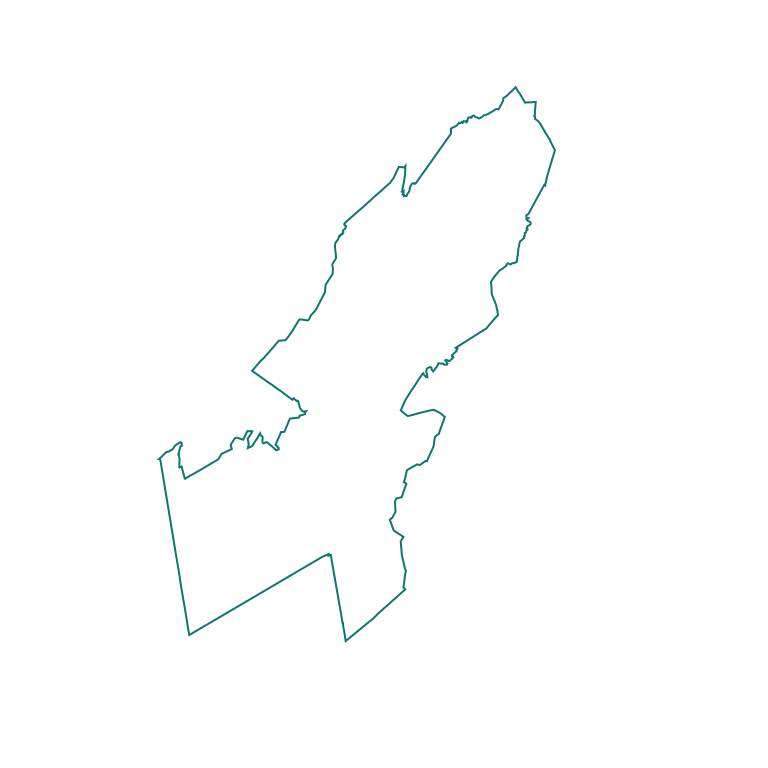 outline of Sarkaņu pag., Madona, Latvia, rotated 126°
{"feature_id": "27541924B13907440389179", "entity_name": "Sarkaņu pag.", "entity_type": "district", "adm_level": 2, "iso_a3": "LVA", "parent_name": "Latvia", "parent_adm1": "Madona", "projection": "equal_earth", "projection_center": [26.346, 56.915], "detail": "fine", "context": "isolated", "style": "outline", "palette": "teal", "viewbox_px": 768, "rotation_deg": 126, "n_neighbors": 0, "source": "geoboundaries", "source_scale": "gbopen_adm2", "svg_char_len": 6009}
<svg xmlns="http://www.w3.org/2000/svg" viewBox="0 0 768 768"><g transform="rotate(126 384 384)"><path d="M701.5,394.0L560.0,332.3L554.2,328.8L555.5,328.0L553.5,326.7L603.0,275.6L602.8,275.6L604.0,274.6L606.9,271.4L614.5,263.9L585.2,256.3L583.2,255.7L578.6,254.6L572.9,253.8L569.4,253.0L537.7,246.1L537.2,248.7L531.1,251.9L526.7,254.4L526.1,254.7L525.1,255.3L522.1,256.4L521.6,257.8L512.1,268.8L501.5,278.0L496.3,278.4L496.8,289.6L496.3,290.8L490.4,299.5L487.1,298.7L480.6,299.6L472.8,305.9L469.4,306.8L465.1,303.1L455.4,306.2L451.7,307.1L451.4,307.9L451.8,310.1L446.4,312.1L441.1,314.5L439.6,314.6L435.7,312.7L434.1,312.1L431.4,310.7L429.7,310.1L428.5,307.4L422.0,305.2L421.5,304.7L421.1,303.8L417.1,304.9L409.5,306.3L405.3,307.3L397.1,311.6L394.2,311.1L392.3,310.3L389.2,311.3L380.1,313.9L379.1,314.1L378.6,314.1L377.7,314.6L374.9,315.4L374.5,320.9L374.6,322.3L375.3,326.7L376.0,329.1L377.8,330.8L385.9,337.7L390.7,341.5L395.9,345.8L396.0,348.4L395.7,352.8L395.5,354.9L385.4,357.1L377.5,357.8L364.8,358.3L359.3,358.7L353.3,358.8L352.2,358.5L353.1,356.7L353.6,354.1L352.8,354.1L352.8,353.2L350.7,354.9L349.8,356.5L348.9,357.3L346.3,358.4L344.7,357.7L343.0,356.4L342.8,355.4L344.5,353.7L344.5,352.9L344.9,351.6L343.3,351.4L341.4,351.6L339.7,351.4L337.0,351.7L335.2,352.1L332.8,347.9L333.0,347.2L332.9,346.5L331.4,344.5L330.1,344.7L330.0,345.5L329.3,346.5L328.8,348.4L328.2,348.3L327.9,347.6L327.6,347.0L327.0,344.6L323.0,343.6L321.6,343.6L321.5,344.4L321.8,345.3L320.9,346.0L320.0,345.7L315.4,344.9L315.0,344.5L314.3,345.3L312.2,345.3L312.5,347.3L299.9,342.2L289.2,338.0L287.9,337.4L286.8,337.2L282.8,335.3L282.7,335.5L280.9,334.7L279.8,334.2L279.5,333.9L266.8,333.0L261.1,332.3L258.8,334.8L258.3,335.0L256.1,337.8L254.4,339.4L252.3,342.7L248.5,348.9L247.9,349.7L245.6,351.6L243.3,353.3L238.6,357.4L237.3,357.6L232.2,357.8L225.0,357.3L223.8,357.0L221.6,356.1L216.2,354.5L215.2,355.1L213.5,354.8L213.2,353.4L213.0,352.0L210.6,351.0L209.0,349.4L207.2,348.4L202.0,351.2L201.0,351.3L200.8,351.7L195.4,354.9L189.1,357.6L188.8,357.7L183.4,356.4L182.6,357.3L181.0,357.4L179.3,358.9L178.1,358.2L176.7,358.8L174.5,358.7L174.6,359.9L171.8,360.7L171.5,360.4L168.9,359.3L167.9,359.7L167.2,360.7L167.1,361.2L167.4,363.3L167.1,365.3L165.1,364.8L166.0,366.3L164.0,368.0L161.5,367.1L128.6,371.4L128.7,370.3L122.4,373.1L118.7,374.6L116.4,375.3L112.9,376.7L94.4,383.1L89.6,392.5L89.1,392.8L86.2,400.3L81.7,410.4L80.7,413.5L80.7,417.6L79.1,418.9L78.8,420.1L77.3,420.2L76.8,420.7L73.7,422.7L66.6,427.1L69.6,430.5L72.0,433.6L73.5,435.3L68.8,445.8L68.9,446.3L68.6,447.2L66.5,451.9L79.2,454.2L81.0,454.8L82.3,455.5L83.1,455.2L84.4,454.3L85.4,454.0L86.2,454.0L88.3,453.5L90.6,453.4L91.8,453.0L94.7,452.9L95.5,454.7L96.2,455.2L96.7,455.4L97.8,455.6L98.3,456.0L99.8,456.5L101.2,457.3L103.1,457.9L104.2,458.4L105.7,459.4L106.2,459.5L108.1,461.3L109.9,461.5L113.2,463.0L113.8,465.6L114.3,467.0L114.0,468.7L114.2,469.4L115.0,470.0L116.9,469.7L117.5,470.0L117.2,470.8L119.0,472.4L121.1,471.7L122.8,470.9L123.5,471.1L122.6,471.9L122.7,472.1L123.5,472.3L124.0,472.7L124.6,474.2L126.5,473.9L126.4,475.1L127.8,475.3L128.7,476.2L128.6,476.9L132.1,477.0L138.1,480.0L142.0,477.0L179.2,476.5L203.2,476.3L203.5,476.5L203.4,476.6L203.4,476.8L203.5,476.8L203.5,476.7L203.8,476.7L204.0,477.0L203.8,477.1L203.9,477.4L204.2,477.7L204.8,478.8L205.3,479.1L205.8,479.2L207.5,478.8L208.1,479.0L210.1,478.5L211.7,477.4L213.0,476.9L215.2,476.7L216.4,476.9L218.8,476.2L219.8,478.0L220.2,478.3L219.2,479.0L219.8,480.2L217.7,480.7L217.9,482.1L216.9,481.5L215.9,481.8L216.7,482.8L214.5,484.2L208.2,486.9L205.9,488.1L201.6,490.4L199.8,491.7L195.1,494.8L196.9,494.8L199.6,499.6L211.3,497.4L212.8,497.3L215.7,497.4L217.8,497.2L218.7,497.6L231.5,500.3L236.6,501.6L249.1,504.1L253.4,505.0L255.9,505.7L275.7,510.1L277.4,510.3L277.7,509.9L278.2,509.8L278.2,509.6L278.6,509.3L278.7,508.9L278.5,507.5L279.2,507.2L281.6,506.7L283.1,507.4L283.9,507.3L284.6,506.8L285.6,505.7L287.0,505.9L286.8,506.2L287.7,506.4L287.8,506.6L288.1,506.5L288.9,506.7L289.6,506.5L289.9,506.5L289.7,507.0L290.6,507.2L291.3,507.1L293.6,506.2L298.7,506.2L301.3,504.7L304.0,502.4L307.1,499.5L310.2,496.9L310.6,496.7L317.1,496.3L318.4,495.5L320.7,493.1L324.7,490.5L325.3,490.3L338.1,489.5L343.6,486.3L345.3,485.5L364.6,482.7L371.6,483.5L374.9,482.8L376.0,482.7L376.6,482.7L377.3,483.0L377.8,483.5L377.8,483.8L380.6,489.1L381.2,490.1L381.7,490.3L382.8,490.4L396.7,489.2L405.8,489.3L406.4,489.5L407.0,490.0L408.6,492.0L410.3,493.9L410.7,494.4L411.1,494.5L412.0,494.7L418.4,495.1L433.4,496.5L437.6,497.4L450.8,498.4L450.9,497.9L450.7,477.8L450.5,474.6L450.6,470.2L450.4,462.6L450.6,448.9L448.5,448.6L448.8,447.7L449.0,445.3L449.2,444.8L448.5,444.4L448.3,444.0L448.4,443.4L453.0,437.5L454.0,434.0L453.6,433.0L451.8,431.0L453.4,431.0L454.8,430.2L459.3,433.6L461.2,433.1L467.3,439.8L481.1,436.5L481.4,436.6L481.8,436.9L483.3,439.0L497.0,436.0L497.1,434.4L497.0,433.5L497.8,432.8L497.7,431.6L498.7,430.8L500.7,431.9L500.9,432.4L500.2,438.9L500.3,439.7L500.0,441.7L500.1,442.2L500.0,442.6L500.0,443.6L499.9,443.9L499.9,444.6L500.4,445.2L502.2,446.1L502.6,446.4L502.9,447.0L502.7,447.7L502.0,448.6L501.0,449.3L499.2,450.3L498.4,450.9L498.0,451.4L498.0,451.9L498.0,452.8L498.0,453.4L496.7,455.2L503.9,454.5L505.0,454.6L511.5,454.2L512.8,454.7L515.9,456.5L513.5,457.5L512.7,457.6L508.3,462.2L507.8,462.1L506.9,462.1L501.0,462.5L499.7,462.7L499.7,463.0L502.5,466.8L511.8,465.2L514.0,471.7L514.9,472.4L516.0,472.8L523.3,472.3L523.6,472.1L526.1,468.9L535.9,474.3L541.2,473.9L542.2,473.9L542.8,474.0L561.1,481.9L573.6,487.6L574.5,487.9L577.6,489.2L577.6,489.5L569.8,499.3L571.7,500.4L571.7,500.6L564.3,505.8L562.1,508.5L561.6,508.5L561.8,509.0L554.0,512.0L552.9,511.2L550.6,513.2L551.0,514.0L550.7,514.3L550.8,514.5L554.1,516.0L556.6,516.8L560.0,516.6L561.6,516.8L563.2,517.8L564.8,518.1L567.0,520.1L574.9,521.4L576.8,521.9L576.6,521.6L576.7,521.0L576.9,520.4L577.1,520.1L646.0,450.3L660.4,435.6L660.8,435.4L668.0,428.2L682.6,413.2L698.4,397.3L701.5,394.0Z" fill="none" stroke="#0f766e" stroke-width="2"/></g></svg>